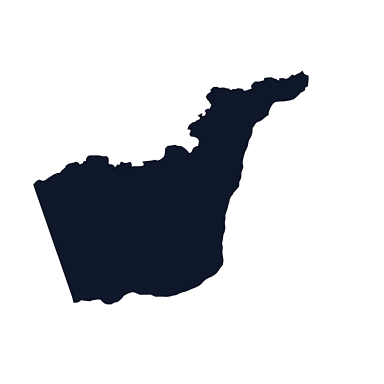 the district of Cachoeira Grande, Maranhão, Brazil, rotated 71°
{"feature_id": "56859067B84641252535542", "entity_name": "Cachoeira Grande", "entity_type": "district", "adm_level": 2, "iso_a3": "BRA", "parent_name": "Brazil", "parent_adm1": "Maranhão", "projection": "equal_earth", "projection_center": [-43.956, -3.094], "detail": "fine", "context": "isolated", "style": "filled", "palette": "ink", "viewbox_px": 384, "rotation_deg": 71, "n_neighbors": 0, "source": "geoboundaries", "source_scale": "gbopen_adm2", "svg_char_len": 3854}
<svg xmlns="http://www.w3.org/2000/svg" viewBox="0 0 384 384"><g transform="rotate(71 192 192)"><path d="M115.4,54.4L116.1,57.4L114.4,59.2L116.1,62.8L116.6,66.2L114.8,68.9L113.7,71.9L115.8,72.8L115.0,74.8L113.1,76.2L111.4,78.7L110.1,79.8L109.2,83.0L108.5,86.0L110.7,87.4L110.3,90.3L110.2,93.0L108.9,96.1L109.6,98.5L111.3,101.0L114.6,101.3L114.4,104.2L114.4,106.9L114.2,110.4L111.5,111.2L109.6,114.8L109.7,117.7L108.7,119.6L109.4,122.0L108.1,123.1L106.5,124.4L105.7,126.5L104.4,127.9L103.7,130.2L103.2,132.6L101.4,134.3L100.5,137.7L101.9,140.7L103.9,140.3L104.9,144.8L106.7,147.2L109.3,146.8L111.6,145.6L113.7,145.4L115.7,144.3L118.1,146.2L120.0,148.1L119.0,150.5L119.7,152.7L122.1,152.3L124.6,154.4L124.5,156.5L124.2,159.2L126.4,160.7L126.6,164.2L127.4,166.1L127.2,169.0L128.4,172.3L129.7,173.8L131.0,174.8L132.3,172.4L134.3,172.7L136.8,174.9L138.6,174.4L140.0,171.4L142.3,169.0L144.4,168.1L146.2,168.1L148.4,169.2L149.8,170.1L151.4,170.8L150.8,173.6L151.6,176.2L153.1,177.7L154.9,179.2L155.2,182.6L153.0,183.1L150.1,184.4L148.0,185.7L145.7,187.7L144.3,191.1L142.6,192.9L142.0,196.9L141.2,200.0L142.5,202.5L145.0,203.5L147.8,204.9L149.6,206.1L150.9,208.6L151.8,211.5L151.8,214.8L150.5,216.2L149.7,220.7L148.0,228.1L149.6,227.8L151.5,228.2L151.9,230.7L151.4,232.8L150.6,235.6L149.7,237.9L149.2,239.9L148.7,243.9L147.6,241.3L145.7,240.6L144.1,241.1L144.1,243.7L143.5,246.3L142.4,247.8L141.1,249.1L142.5,250.6L144.3,252.2L142.5,253.4L143.9,255.5L144.3,258.4L142.3,257.7L140.5,259.1L139.2,262.1L136.7,262.2L135.2,261.2L132.7,260.7L131.0,261.5L129.8,265.3L127.9,268.0L127.0,270.7L125.5,274.9L124.7,277.5L125.4,279.5L126.8,280.8L129.1,281.8L128.4,284.0L129.9,285.6L130.3,288.3L129.5,290.3L127.7,290.4L126.4,292.0L126.4,295.0L125.8,299.1L126.7,302.3L128.5,303.8L129.7,307.6L131.7,310.4L131.0,313.3L131.1,316.6L131.9,320.1L132.6,323.0L133.9,327.2L133.6,329.9L131.3,332.6L131.6,334.7L132.4,336.6L133.8,339.0L179.0,338.9L200.8,338.9L204.6,338.9L211.9,338.8L230.0,338.8L231.7,338.8L252.2,338.8L257.7,339.2L258.4,336.6L258.3,334.4L257.4,331.9L258.8,329.3L259.7,327.4L261.3,324.0L261.2,321.1L261.9,317.7L262.3,315.3L263.7,312.8L266.3,311.8L268.3,310.5L269.8,308.8L271.2,304.9L270.5,301.1L271.0,298.3L270.2,295.9L269.2,293.4L267.4,290.8L266.8,288.6L266.3,284.1L266.6,280.5L268.1,278.1L269.6,276.5L271.6,274.2L272.5,271.4L273.4,268.9L274.4,265.6L275.2,263.7L278.4,260.4L279.3,257.7L280.4,254.3L282.0,250.4L282.8,247.2L283.0,243.9L283.5,240.6L283.1,237.3L283.0,233.5L283.3,230.7L283.2,227.1L282.9,224.8L282.8,222.6L282.6,218.7L282.0,215.4L281.1,213.0L280.0,211.3L279.1,209.1L278.3,207.0L277.9,204.0L277.7,201.2L277.0,198.0L276.1,195.5L274.5,193.1L272.7,190.9L271.6,189.0L270.6,187.4L269.0,186.4L266.9,185.3L264.5,184.8L262.5,184.4L260.0,184.0L257.1,183.0L254.6,181.8L252.4,181.2L250.6,181.2L248.3,180.0L246.3,178.8L244.6,178.0L242.9,177.2L241.3,176.1L239.9,174.8L237.2,173.1L235.2,172.5L232.5,172.0L230.1,171.1L228.1,169.8L224.7,168.9L221.9,166.9L220.2,165.5L218.5,164.2L217.0,163.3L214.9,162.0L212.7,160.3L210.8,159.4L208.5,157.1L207.0,154.7L205.6,153.4L204.2,150.7L201.6,146.3L197.4,144.6L194.9,142.1L193.0,140.9L190.9,140.3L189.2,139.5L187.2,137.9L184.9,136.1L182.5,135.6L180.4,135.3L177.9,134.0L175.6,132.6L174.0,131.5L172.3,130.3L170.6,129.1L169.3,127.6L167.9,126.3L166.0,124.7L163.3,123.2L161.3,122.0L159.6,119.9L157.6,118.0L155.5,116.5L153.4,115.5L150.7,114.5L149.1,112.1L147.6,110.4L146.5,108.0L146.5,105.8L146.0,102.6L144.9,99.7L143.9,97.2L143.5,95.0L141.5,94.3L139.7,93.0L137.2,90.7L135.3,88.5L134.0,86.5L133.3,84.0L133.7,81.6L134.5,78.5L135.5,75.5L136.0,72.4L136.5,69.7L136.7,65.6L135.2,61.9L134.1,59.4L132.8,57.4L132.5,54.9L131.9,52.5L129.5,51.6L129.1,48.6L126.2,47.2L122.8,45.6L120.2,44.8L118.5,47.0L117.0,48.3L114.2,48.6L115.2,51.4L115.4,54.4ZM124.2,159.2L121.7,157.8L122.1,160.5L124.2,159.2Z" fill="#0f172a" stroke="#020617" stroke-width="1.5"/></g></svg>